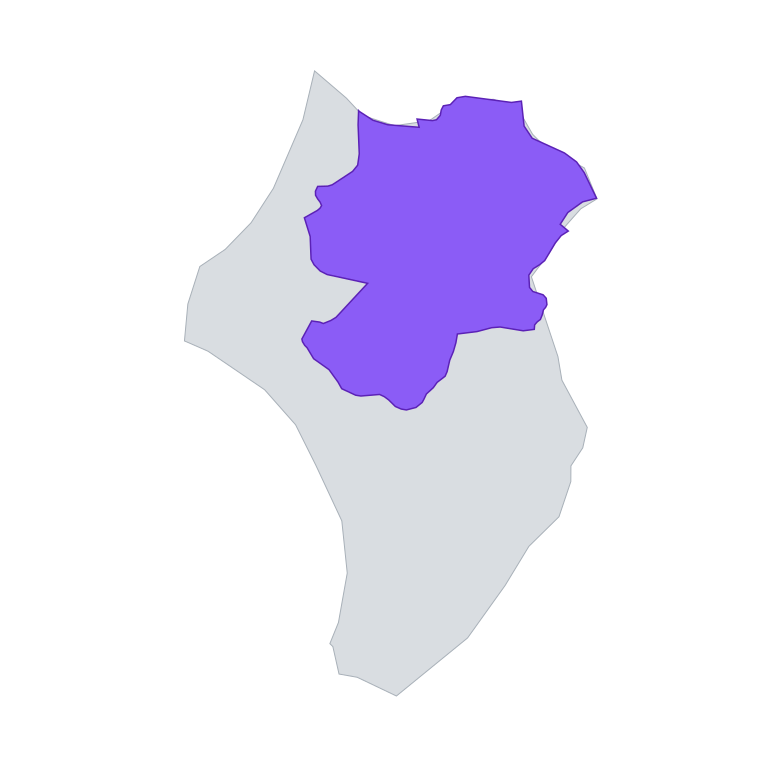 location of Luxembourg within Luxembourg, rotated 191°
{"feature_id": "LUX-908", "entity_name": "Luxembourg", "entity_type": "District", "adm_level": 1, "iso_a3": "LUX", "parent_name": "Luxembourg", "parent_adm1": "", "projection": "albers", "projection_center": [6.069, 49.636], "detail": "fine", "context": "in_parent", "style": "filled", "palette": "violet", "viewbox_px": 768, "rotation_deg": 191, "n_neighbors": 0, "source": "natural_earth", "source_scale": "10m", "svg_char_len": 2018}
<svg xmlns="http://www.w3.org/2000/svg" viewBox="0 0 768 768"><g transform="rotate(191 384 384)"><path d="M387.6,118.8L383.2,141.2L384.0,191.4L399.3,241.6L435.3,291.1L463.0,327.1L500.1,355.6L563.0,382.6L588.1,388.2L591.8,425.1L587.2,464.2L565.5,485.9L545.2,517.0L529.9,555.0L514.0,627.9L511.9,678.1L475.4,657.4L456.2,643.4L423.0,639.6L389.8,651.1L364.8,676.7L330.7,684.4L302.4,676.7L285.8,657.5L270.9,647.3L228.5,634.3L210.3,606.4L224.3,593.5L236.4,573.0L246.8,544.1L259.8,517.4L218.5,444.1L210.1,421.7L176.2,380.2L176.7,359.3L184.9,339.3L182.0,323.9L186.9,287.1L210.8,252.3L226.7,209.3L253.5,150.7L312.3,80.1L354.4,91.0L372.8,90.7L384.1,116.5L387.6,118.8Z" fill="#d9dde1" stroke="#a8b0b8" stroke-width="1"/><path d="M210.8,606.9L223.8,600.7L236.3,587.4L241.5,574.4L232.3,569.3L238.4,563.5L242.8,555.1L249.8,535.8L254.1,530.7L259.5,525.7L262.6,518.5L259.6,506.6L255.6,503.2L244.8,501.9L241.1,499.1L239.2,493.0L240.0,490.0L241.6,487.3L241.9,481.9L242.8,477.2L245.4,474.3L247.4,470.8L246.9,466.3L257.5,462.8L280.9,462.1L289.1,459.8L302.7,453.2L321.5,447.1L321.3,438.3L322.1,429.1L324.0,420.0L324.4,408.2L325.5,403.3L332.2,395.7L334.9,389.8L340.5,382.3L341.9,376.7L343.0,373.2L348.1,367.1L357.1,362.8L362.3,362.7L368.6,364.1L376.4,369.3L381.2,371.6L386.3,372.9L404.4,367.8L409.7,367.6L424.6,371.3L429.5,377.1L440.7,387.6L457.9,395.4L466.5,405.0L469.1,406.7L472.1,410.0L473.2,412.5L467.0,432.1L458.9,432.5L455.1,431.8L448.3,436.2L443.8,440.3L419.3,479.7L460.7,480.6L468.1,482.7L475.4,487.7L479.4,492.6L484.6,514.7L493.9,532.0L482.6,541.6L480.4,544.3L479.3,547.2L481.4,550.3L484.4,553.0L487.2,556.2L488.1,560.2L486.8,565.3L476.9,567.5L472.8,569.7L455.4,586.7L451.6,593.8L452.2,605.2L458.9,633.5L461.1,647.5L460.1,646.8L445.2,640.8L429.8,639.2L398.5,642.7L402.1,650.4L386.7,651.8L382.9,653.4L380.0,658.5L380.1,663.9L378.8,668.4L372.2,670.9L367.0,678.9L359.0,681.9L312.6,684.7L303.1,687.9L295.7,663.9L285.4,653.5L250.9,645.2L237.3,638.7L227.8,629.7L210.8,606.9Z" fill="#8b5cf6" stroke="#5b21b6" stroke-width="1.5"/></g></svg>